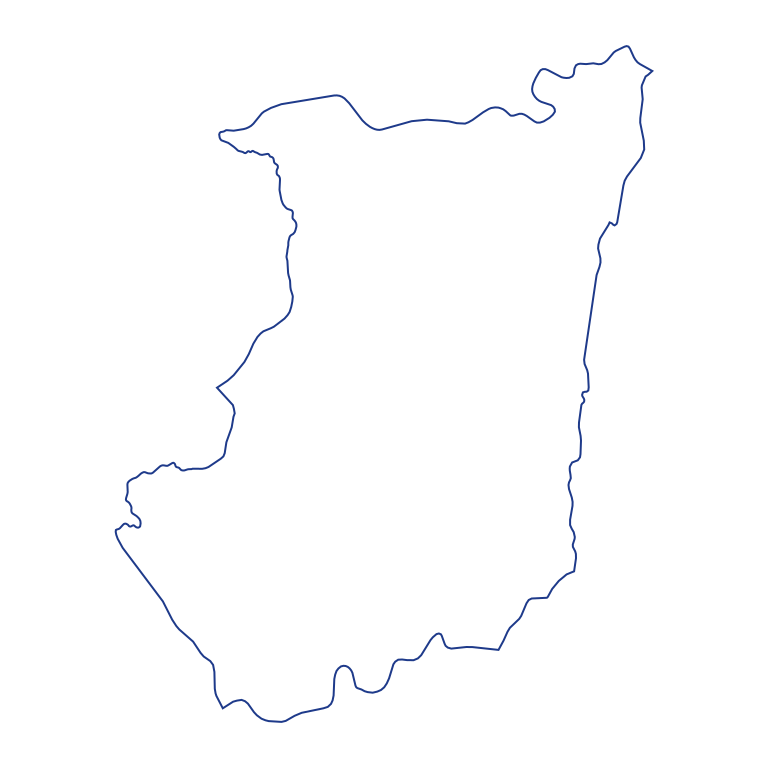 the Province of Nord-Kivu
{"feature_id": "COD-1898", "entity_name": "Nord-Kivu", "entity_type": "Province", "adm_level": 1, "iso_a3": "COD", "parent_name": "Democratic Republic of the Congo", "parent_adm1": "", "projection": "natural_earth1", "projection_center": [28.468, -0.551], "detail": "fine", "context": "isolated", "style": "outline", "palette": "blue", "viewbox_px": 768, "rotation_deg": 0, "n_neighbors": 0, "source": "natural_earth", "source_scale": "10m", "svg_char_len": 6077}
<svg xmlns="http://www.w3.org/2000/svg" viewBox="0 0 768 768"><path d="M574.1,571.3L566.6,574.4L558.8,580.9L552.2,588.9L547.8,596.9L547.4,597.3L547.0,597.7L546.5,597.8L531.7,598.5L528.7,600.0L526.5,603.3L521.2,615.9L519.2,618.9L509.9,627.8L507.5,631.8L503.5,640.7L498.5,649.9L472.6,647.1L466.4,647.0L451.3,648.6L447.8,647.6L445.6,645.8L444.6,643.7L441.8,635.9L440.9,634.3L438.9,633.5L436.5,634.1L432.8,637.3L430.5,640.1L421.2,655.2L417.9,658.4L413.6,660.2L406.9,660.1L402.1,659.5L398.2,659.7L395.2,661.7L393.4,664.3L389.1,678.3L386.8,683.4L384.2,687.3L381.0,690.0L377.3,691.6L372.7,692.7L367.6,692.1L364.6,691.2L361.5,689.5L357.4,688.1L356.3,687.3L355.5,685.7L352.4,672.8L351.2,670.4L349.6,668.4L347.8,666.9L345.7,666.0L343.5,665.8L341.0,666.4L338.4,668.5L336.5,671.0L335.2,674.6L334.3,679.0L333.6,695.5L332.6,700.4L331.0,703.9L327.8,706.9L323.4,708.3L301.7,712.8L294.6,715.8L285.7,720.9L281.5,721.9L268.7,721.1L265.5,720.3L261.5,718.7L256.9,715.3L254.0,712.2L247.9,703.6L245.0,701.2L241.6,699.9L237.0,700.6L233.1,701.7L222.8,708.3L216.4,695.9L215.6,693.5L214.8,688.8L214.4,671.9L213.1,664.9L210.3,661.1L203.7,656.5L200.6,652.9L193.1,641.6L179.3,629.5L176.3,626.0L172.2,619.7L162.9,601.4L122.7,547.9L117.7,538.8L116.3,534.9L115.7,531.9L115.9,530.0L116.8,529.5L117.9,529.2L118.9,528.9L119.9,528.2L123.0,524.8L123.9,524.0L124.8,523.7L125.9,523.7L126.8,524.1L127.7,524.6L128.4,525.3L129.0,526.1L129.9,526.5L130.8,526.5L132.5,525.6L133.3,525.3L134.1,525.5L134.8,526.1L135.6,526.8L136.4,527.3L137.4,527.6L138.4,527.6L139.4,527.1L140.1,526.4L140.6,523.5L140.5,522.1L140.3,520.8L139.8,519.8L139.3,518.8L137.9,517.3L136.5,516.0L132.6,513.5L132.2,513.1L131.7,512.4L131.4,511.3L131.3,509.8L131.5,508.1L131.3,506.8L130.9,505.8L129.9,503.9L129.3,503.0L128.6,502.3L127.8,501.7L126.9,501.2L126.2,500.5L125.9,499.5L126.1,498.1L127.4,493.8L127.7,492.0L127.4,484.6L127.6,483.2L128.3,482.0L129.6,480.7L132.4,478.9L134.2,478.2L135.7,477.8L137.0,477.0L138.4,475.9L140.9,473.6L142.5,472.6L143.9,472.1L145.0,472.2L148.0,473.3L150.4,473.5L151.6,473.4L152.9,472.7L160.0,466.4L160.8,465.9L161.8,465.5L162.8,465.3L164.0,465.4L166.2,465.8L167.4,465.8L168.4,465.4L172.2,463.1L172.7,462.9L173.5,462.8L174.2,463.2L174.9,464.0L175.6,466.1L176.2,466.9L177.2,467.3L178.2,467.5L179.1,467.9L180.8,469.7L181.3,470.1L182.3,470.4L183.4,470.5L184.5,470.4L187.5,469.4L188.6,469.2L191.5,469.1L192.7,468.7L202.2,468.8L205.5,468.2L208.5,467.0L220.8,458.7L223.4,456.4L224.7,453.2L226.4,442.2L231.7,427.4L233.5,416.7L234.7,413.4L233.9,408.8L232.9,405.1L217.0,387.7L227.5,380.7L233.7,375.2L244.4,362.0L248.8,354.1L253.4,343.6L257.5,336.9L260.6,333.5L263.4,331.3L270.9,328.2L273.9,326.7L284.5,318.6L287.6,315.1L289.6,312.0L291.2,307.0L292.3,301.6L292.8,296.8L292.6,295.4L290.8,289.7L290.4,287.2L290.1,281.6L290.0,280.3L288.6,275.5L288.1,273.0L287.4,260.8L286.6,257.7L286.5,256.5L287.3,251.6L287.4,250.2L288.3,245.3L288.3,242.7L288.5,241.2L289.5,237.3L290.1,236.1L291.0,235.2L293.2,233.9L294.7,232.1L295.5,230.0L296.4,226.6L296.4,224.7L296.1,223.2L295.7,222.2L295.1,221.3L294.5,220.5L293.1,219.1L292.6,218.3L292.5,217.0L292.9,213.0L292.6,211.7L292.0,210.6L291.1,210.1L288.0,209.1L287.1,208.7L286.3,208.1L284.9,206.6L284.3,205.8L283.6,205.0L283.1,204.2L282.6,203.2L281.4,199.9L279.7,191.1L279.5,189.7L280.0,179.9L279.9,178.2L279.5,177.1L279.0,176.1L277.3,174.8L276.7,173.6L276.6,171.1L277.0,169.5L277.8,167.9L277.9,166.8L277.7,165.7L277.1,164.9L274.7,163.2L274.1,162.2L273.9,161.0L273.7,159.7L273.4,158.5L272.8,157.7L272.0,157.1L271.0,156.8L270.1,156.5L269.6,155.8L268.9,154.5L268.3,154.0L267.4,153.9L262.0,154.9L260.9,154.7L259.8,154.5L257.2,152.9L255.2,152.2L254.3,151.8L253.5,151.2L252.8,150.9L252.0,151.1L251.3,151.7L250.7,152.1L250.0,152.0L249.3,151.5L248.5,151.2L247.7,151.4L246.3,152.7L245.5,153.1L244.5,153.0L242.8,152.0L241.8,151.7L238.6,150.9L237.7,150.4L236.3,149.0L234.0,147.0L228.3,142.9L221.4,140.3L220.5,139.3L219.7,137.7L219.2,134.5L219.7,133.0L220.6,132.1L222.9,131.7L224.0,131.4L226.1,130.2L227.3,130.2L233.7,130.7L243.6,129.1L246.1,128.4L248.6,127.3L251.1,125.8L253.4,123.7L261.8,113.4L264.0,111.6L271.0,107.9L281.3,104.2L334.0,95.5L336.8,95.4L339.5,95.8L342.0,96.8L344.5,98.4L349.2,103.2L362.3,120.3L365.9,123.8L369.9,126.8L372.3,128.1L374.7,129.1L377.0,129.7L379.5,129.9L382.0,129.5L411.6,121.2L427.0,119.7L448.7,121.3L456.8,123.2L465.1,123.6L468.4,122.3L472.5,120.0L483.1,112.3L488.7,109.0L491.2,108.0L495.1,107.4L498.5,107.6L500.7,108.3L503.2,109.3L505.7,111.1L510.0,115.1L510.5,115.5L511.6,115.7L513.7,115.6L519.4,113.8L521.9,113.8L524.3,114.6L526.8,116.0L534.4,121.4L536.9,122.6L540.0,122.6L543.7,121.4L549.5,117.8L552.8,114.8L554.9,111.7L554.7,109.1L553.2,106.7L551.1,105.1L541.4,101.9L539.1,100.7L536.9,99.0L534.9,96.7L533.4,94.3L532.4,91.8L532.1,89.1L532.5,86.2L533.3,83.4L535.8,77.9L538.9,72.5L540.6,70.2L542.8,69.1L545.3,69.1L547.9,70.1L561.5,77.2L563.6,77.7L566.4,78.0L569.2,77.8L572.4,76.3L573.8,73.9L574.5,68.4L576.0,65.3L578.1,64.1L580.2,63.7L586.1,64.1L593.3,63.3L598.5,64.2L601.4,64.0L604.6,62.4L607.3,60.2L613.7,52.5L615.7,51.0L624.5,46.7L626.6,46.1L628.5,46.6L630.0,48.7L633.9,57.3L635.5,59.9L637.5,62.3L639.8,64.0L652.3,71.0L648.1,74.8L645.6,76.5L641.9,85.3L641.6,87.6L642.7,99.2L640.3,118.1L640.2,122.7L643.8,140.7L644.2,149.5L640.8,158.0L627.0,176.5L624.7,180.7L623.4,185.5L617.2,222.3L616.5,224.0L614.6,225.4L613.3,224.8L611.9,223.4L609.6,222.4L608.5,224.9L600.0,238.6L598.4,244.7L598.1,248.5L600.4,258.3L600.5,262.5L599.5,266.8L596.6,275.0L584.1,359.8L584.6,364.0L587.2,370.2L588.0,373.6L588.7,387.3L588.3,390.5L586.7,391.7L584.7,391.8L582.9,392.4L582.1,394.9L582.4,396.2L583.9,398.6L584.3,400.0L584.1,401.7L583.2,402.8L582.1,403.7L581.4,404.9L579.0,422.5L578.9,427.2L580.6,435.9L581.0,440.6L580.5,454.1L580.0,457.3L577.8,460.3L572.1,462.5L569.9,466.5L569.7,468.5L569.8,470.7L570.5,474.9L570.8,478.2L570.0,480.4L569.0,482.4L568.5,485.0L569.0,489.0L571.8,497.6L572.6,501.9L572.5,505.9L570.1,519.7L570.1,525.1L571.7,528.7L573.7,532.1L574.8,537.0L574.6,538.9L572.8,544.5L572.9,546.9L575.2,551.4L575.9,553.9L576.0,558.2L574.1,571.3Z" fill="none" stroke="#1e3a8a" stroke-width="2"/></svg>